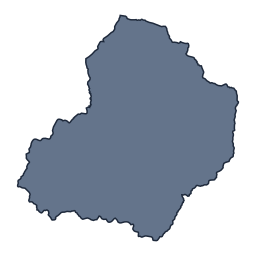 outline of Kapong, Phangnga, Thailand
{"feature_id": "78962969B49834487361674", "entity_name": "Kapong", "entity_type": "district", "adm_level": 2, "iso_a3": "THA", "parent_name": "Thailand", "parent_adm1": "Phangnga", "projection": "mercator", "projection_center": [98.457, 8.749], "detail": "fine", "context": "isolated", "style": "filled", "palette": "slate", "viewbox_px": 256, "rotation_deg": 0, "n_neighbors": 0, "source": "geoboundaries", "source_scale": "gbopen_adm2", "svg_char_len": 5757}
<svg xmlns="http://www.w3.org/2000/svg" viewBox="0 0 256 256"><path d="M189.3,195.7L189.2,195.0L189.3,194.6L191.0,193.5L191.0,191.0L192.0,190.5L192.3,189.3L192.7,188.8L194.5,188.0L195.6,186.9L196.4,185.6L197.2,185.4L199.3,186.0L200.8,186.2L201.6,185.7L202.7,185.7L204.4,184.8L206.4,184.9L207.5,184.4L208.5,183.4L208.8,181.1L209.3,180.5L210.6,180.1L214.0,179.9L214.7,179.6L215.5,178.3L216.5,177.5L216.5,176.0L216.9,174.6L216.5,173.2L216.6,172.6L217.1,172.1L219.3,171.2L221.0,170.2L222.8,168.2L223.1,167.5L223.0,166.4L223.8,163.4L225.6,162.4L229.0,161.4L229.6,159.7L230.5,158.4L231.4,157.5L232.7,156.9L233.2,156.2L233.3,154.1L233.9,153.1L233.5,151.1L234.2,148.2L234.1,147.6L233.2,146.0L233.3,143.8L232.4,141.6L232.9,139.4L232.8,137.5L233.4,135.1L233.3,133.9L232.7,132.6L232.7,131.9L233.0,131.1L234.5,130.5L234.7,130.1L234.4,128.8L234.4,126.9L234.5,124.7L235.0,123.2L234.5,122.1L234.6,121.3L234.1,120.1L235.2,116.7L235.0,114.7L236.2,110.7L235.5,109.1L235.4,107.9L235.9,106.3L236.9,105.5L237.1,104.4L237.9,103.7L238.4,102.3L238.4,101.9L237.4,100.9L237.1,100.2L237.2,95.7L236.5,93.4L236.3,91.1L235.4,90.4L233.8,88.2L232.0,87.9L231.3,87.4L229.8,87.7L229.3,87.1L227.8,86.8L226.9,84.8L226.2,84.1L225.3,84.1L221.5,85.9L218.1,85.5L216.1,84.5L214.8,83.5L213.8,83.5L211.8,82.7L210.2,83.1L209.7,82.5L206.8,80.7L205.2,78.9L202.9,77.8L202.5,76.8L202.8,75.6L202.8,74.9L203.6,72.9L203.7,72.0L201.9,67.7L201.4,65.9L199.8,65.8L199.2,65.1L198.0,64.8L197.8,63.5L196.7,62.3L197.0,61.5L196.2,60.8L195.8,60.0L194.6,59.2L194.4,58.3L193.9,57.7L192.8,57.2L188.3,56.1L186.6,54.9L186.1,54.1L186.0,53.6L186.9,52.7L187.0,51.7L187.6,50.9L187.8,49.7L187.8,48.1L188.6,47.2L188.8,45.4L188.3,43.7L187.6,43.3L186.0,43.5L184.6,43.3L181.4,42.3L180.7,41.7L180.3,41.8L180.2,42.6L178.4,43.3L177.1,42.6L174.5,42.2L172.8,42.3L172.2,42.1L171.2,40.1L169.4,38.0L169.4,36.3L167.9,33.8L167.6,32.1L167.0,30.6L166.7,28.4L165.4,26.4L163.2,26.3L161.8,26.6L161.2,26.5L152.8,23.2L149.2,22.4L145.8,21.0L145.1,20.2L143.3,20.1L141.9,19.3L141.4,19.4L140.2,20.3L138.8,19.9L137.1,20.3L136.1,19.6L135.2,19.8L131.3,19.8L130.0,19.6L127.4,18.7L127.0,18.3L126.8,17.3L125.6,16.2L120.2,15.4L119.9,17.1L119.1,18.7L118.9,20.2L116.6,23.0L114.7,26.5L114.7,29.1L113.2,31.5L111.1,32.7L107.7,35.8L103.7,38.5L103.1,39.6L103.1,40.0L103.7,41.6L101.2,41.4L100.5,41.7L99.9,42.4L97.7,46.5L97.7,47.0L98.1,48.3L97.8,49.0L96.9,49.7L95.1,50.8L92.2,54.0L89.0,56.7L85.9,58.7L85.8,62.4L86.2,64.7L86.7,66.0L87.1,68.1L88.1,69.0L88.2,69.5L87.9,70.3L88.1,73.3L89.3,76.6L90.1,77.7L90.1,78.9L89.6,80.2L87.9,81.9L87.6,84.2L88.8,86.3L88.9,87.2L89.6,88.6L89.0,89.4L89.2,89.9L89.1,90.6L89.7,91.3L89.9,91.7L89.8,92.4L89.4,92.7L89.8,93.3L90.2,93.2L90.5,93.4L90.4,93.8L90.7,93.9L90.7,94.9L91.2,96.0L91.1,97.0L90.1,98.3L90.2,98.9L90.8,99.0L90.6,99.3L91.0,99.6L90.9,99.9L91.2,100.4L90.5,102.4L90.6,104.3L90.9,104.4L90.3,105.2L90.7,105.3L90.7,105.6L90.2,106.3L89.1,106.2L89.5,107.4L88.0,107.2L86.3,108.1L87.1,110.8L87.1,112.4L86.9,113.2L86.2,113.7L85.5,113.8L81.4,113.2L79.9,114.3L78.5,114.1L78.0,114.2L74.4,117.2L74.2,117.8L73.5,118.0L73.0,119.1L72.3,119.5L70.0,122.4L69.5,122.8L68.9,122.7L67.0,121.0L65.6,120.4L64.8,120.3L62.8,120.8L61.8,119.8L59.9,119.3L58.9,119.2L58.0,119.4L57.0,120.4L53.5,126.9L52.5,130.6L53.1,132.7L53.0,133.8L52.3,134.9L50.9,136.1L50.6,137.7L49.8,138.8L49.0,139.1L45.3,138.3L43.4,138.4L42.4,138.7L41.1,140.2L40.3,140.6L39.2,140.5L36.4,139.3L35.1,139.1L34.1,139.3L33.1,140.1L32.1,141.5L31.3,143.2L31.1,144.6L30.5,147.0L29.1,148.8L29.0,149.7L29.4,150.5L29.3,152.5L26.2,154.1L26.4,156.7L26.3,158.2L27.2,159.6L29.4,161.9L29.4,162.5L27.8,164.2L26.8,166.6L27.0,168.5L26.2,169.3L24.4,172.2L24.1,173.1L23.5,173.8L23.3,175.1L21.8,176.4L21.1,176.7L21.0,178.0L20.6,178.8L18.6,180.1L18.2,180.4L18.0,181.6L18.3,183.1L17.7,185.0L17.6,186.0L17.9,186.6L18.3,186.8L19.9,186.6L22.1,187.8L25.0,188.2L28.9,192.0L29.7,193.2L30.1,194.4L29.5,196.3L29.6,197.8L28.8,200.3L28.9,200.9L29.5,201.9L31.5,201.8L32.2,202.0L33.0,202.6L33.7,203.6L34.7,203.9L36.6,205.2L36.8,206.0L36.5,207.0L37.0,208.2L36.9,209.9L38.3,210.2L38.8,211.1L39.4,211.8L40.6,212.6L41.3,212.9L42.2,212.5L43.6,210.8L44.2,210.3L45.6,210.5L46.5,210.0L47.0,210.0L48.4,210.9L48.9,213.3L48.3,214.5L48.3,214.9L50.7,217.6L51.5,219.3L52.1,220.0L54.2,219.9L55.2,219.5L55.7,218.7L55.5,217.7L56.4,216.4L57.5,215.9L59.4,214.3L60.9,212.8L61.6,212.4L62.3,212.2L64.6,212.1L67.0,211.4L70.7,211.7L71.7,211.1L73.2,211.0L74.1,210.6L74.9,210.8L75.6,212.3L77.0,213.0L77.4,214.0L78.3,214.8L78.8,215.9L80.0,216.5L81.0,218.0L81.8,218.7L82.8,219.2L86.3,218.2L87.6,218.0L89.5,218.7L91.2,219.8L93.6,220.4L94.9,219.8L96.9,219.6L97.6,218.3L98.4,217.6L98.8,216.3L99.5,216.1L100.6,216.7L101.5,218.3L102.0,218.8L103.6,219.4L106.1,219.2L107.7,221.6L108.4,222.1L109.5,222.2L110.8,221.9L112.1,221.0L114.2,218.7L114.8,218.3L115.3,218.2L117.1,220.1L118.1,222.1L119.4,222.8L120.9,222.9L124.6,221.9L126.5,221.8L128.1,222.1L128.8,222.5L130.0,223.4L130.9,224.7L132.9,224.2L133.2,224.3L133.5,224.8L133.7,226.0L132.9,228.3L132.9,229.2L133.9,230.7L135.0,231.4L138.2,232.2L138.5,233.0L138.3,236.0L138.5,236.4L140.1,236.3L141.3,237.0L142.0,237.1L144.7,236.1L145.9,235.9L151.6,236.9L152.6,238.0L152.9,239.7L153.2,240.3L155.7,240.6L156.6,240.6L157.5,240.2L159.2,237.9L159.8,236.7L161.6,236.7L162.2,236.4L163.6,233.7L164.5,233.1L164.7,232.6L165.5,231.7L167.4,230.9L167.9,230.1L169.4,229.0L169.8,228.4L170.5,226.0L171.3,224.9L172.3,224.5L172.7,224.1L172.9,223.2L172.7,220.8L174.6,219.1L175.1,216.7L176.8,214.6L176.9,212.4L178.0,211.8L178.2,210.7L179.3,209.6L180.8,207.5L180.9,207.1L180.7,206.3L181.7,205.5L182.5,202.9L183.3,202.4L183.2,201.6L184.0,200.7L184.0,200.2L183.5,199.7L183.6,198.8L182.2,196.5L181.9,194.8L183.6,195.0L185.0,194.4L187.1,195.5L187.5,196.1L188.6,196.1L189.3,195.7Z" fill="#64748b" stroke="#1e293b" stroke-width="1.5"/></svg>